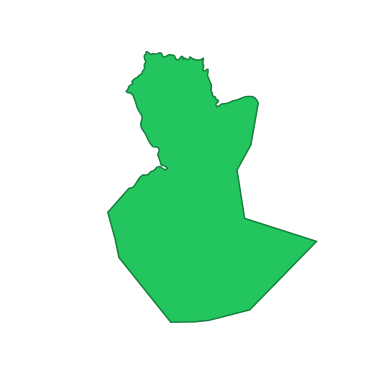 outline of San Rafael, Lempira, Honduras, rotated 41°
{"feature_id": "27666195B54610294304045", "entity_name": "San Rafael", "entity_type": "district", "adm_level": 2, "iso_a3": "HND", "parent_name": "Honduras", "parent_adm1": "Lempira", "projection": "albers", "projection_center": [-88.427, 14.711], "detail": "fine", "context": "isolated", "style": "filled", "palette": "green", "viewbox_px": 384, "rotation_deg": 41, "n_neighbors": 0, "source": "geoboundaries", "source_scale": "gbopen_adm2", "svg_char_len": 5535}
<svg xmlns="http://www.w3.org/2000/svg" viewBox="0 0 384 384"><g transform="rotate(41 192 192)"><path d="M261.4,304.2L279.2,288.2L286.8,280.1L289.0,277.7L312.9,243.0L318.4,147.6L249.0,177.4L211.6,145.9L205.5,117.8L183.6,81.3L181.5,80.5L179.3,79.9L179.0,79.9L178.4,79.8L178.1,79.8L176.6,80.0L175.3,80.2L175.1,80.3L174.7,80.5L174.4,80.7L173.4,81.6L171.9,82.9L170.7,84.1L169.9,85.0L169.2,86.0L168.6,87.0L168.1,87.9L167.4,89.5L167.0,90.4L166.6,91.1L165.6,93.0L164.6,94.4L164.3,94.9L163.8,95.3L163.6,95.6L163.1,96.3L162.8,97.0L162.3,98.3L161.9,99.1L161.3,100.4L160.3,102.0L160.1,102.3L159.7,102.8L158.0,104.6L156.8,106.0L156.7,106.1L156.6,106.4L156.5,107.0L156.4,107.6L156.2,108.6L156.1,109.1L155.7,109.8L155.3,110.5L154.9,111.0L154.6,111.2L154.1,111.2L153.8,111.0L153.5,110.9L153.1,110.7L152.8,110.5L152.6,110.3L152.5,110.1L152.4,109.6L152.3,109.0L152.4,108.5L152.5,107.5L152.6,107.1L152.6,106.7L152.4,106.3L152.3,106.1L152.2,106.0L151.9,105.9L151.6,105.7L151.3,105.7L151.0,105.7L150.6,105.8L150.1,106.0L149.8,106.1L149.3,106.2L148.9,106.2L148.7,106.2L148.5,105.9L148.4,105.6L148.1,105.4L147.9,105.3L147.6,105.2L147.1,105.1L146.9,105.2L146.6,105.2L145.8,105.5L145.4,105.6L144.8,105.7L144.4,105.7L144.1,105.7L143.9,105.6L143.7,105.4L143.0,104.7L142.2,103.9L139.9,103.1L139.6,102.9L139.4,102.8L139.2,102.2L139.0,101.8L138.5,101.1L137.7,100.1L137.3,99.7L136.9,99.2L136.4,98.8L135.9,98.4L135.5,98.1L134.9,97.8L128.8,94.8L128.2,94.5L127.7,94.1L127.1,93.6L126.7,93.1L126.4,92.7L126.0,91.9L125.7,91.4L124.7,90.1L124.5,89.9L124.2,89.6L123.8,89.2L123.5,89.0L123.4,89.0L123.0,89.5L122.8,90.0L122.5,91.1L122.3,91.8L122.1,92.3L121.9,92.6L121.6,92.9L121.3,93.0L121.1,93.0L120.9,93.0L120.7,93.0L120.3,92.8L119.9,92.4L119.5,91.9L119.2,91.3L118.9,90.6L118.7,90.2L118.5,89.8L118.2,89.3L117.8,88.9L117.5,88.6L117.1,88.5L116.7,88.4L116.2,88.2L113.8,85.2L113.6,85.0L113.5,84.5L113.3,84.1L113.2,83.7L112.9,83.6L112.7,83.8L112.5,84.4L112.1,85.4L111.9,86.3L111.8,86.7L111.6,86.9L111.4,87.2L110.7,87.9L109.7,88.7L108.9,89.4L108.4,89.7L108.0,89.9L106.8,90.3L104.9,91.0L104.4,91.1L103.5,91.2L102.9,91.2L102.3,91.4L102.0,91.5L101.9,91.5L101.9,92.1L102.1,92.5L102.4,93.3L102.5,93.9L102.5,94.2L102.4,94.5L102.3,94.8L102.1,95.0L101.7,95.2L101.3,95.3L100.8,95.4L100.2,95.3L99.9,95.3L99.3,95.4L99.0,95.5L98.8,95.6L98.7,95.7L98.6,95.8L98.6,96.4L98.4,96.8L98.0,97.6L97.8,97.6L97.5,97.2L96.9,96.3L96.7,96.1L96.3,96.0L95.9,96.0L95.6,96.1L95.3,96.3L95.2,96.5L95.0,96.9L95.0,97.1L95.0,98.0L95.1,99.8L95.1,100.4L95.0,101.0L94.9,101.4L94.7,101.6L94.4,101.8L94.1,102.0L93.8,102.1L93.4,102.2L93.0,102.2L92.6,102.1L92.3,102.0L91.8,101.8L91.1,101.5L90.7,101.3L90.1,101.1L89.5,100.9L89.1,100.8L88.8,100.9L88.5,100.9L88.1,101.1L87.8,101.3L87.6,101.4L87.2,101.8L87.0,102.0L86.8,102.1L86.0,102.4L85.4,102.7L84.9,103.1L84.6,103.4L84.4,103.8L84.2,104.3L83.5,106.4L83.0,107.7L82.8,108.2L82.6,108.4L82.5,108.5L82.1,108.7L81.8,108.8L81.5,108.8L81.1,108.8L80.7,108.7L80.3,108.5L79.2,107.9L78.5,107.6L78.1,107.5L77.7,107.5L77.4,107.6L77.2,107.6L76.8,107.8L76.5,108.1L76.1,108.5L75.7,109.0L75.5,109.3L75.4,109.6L75.2,110.3L75.1,110.7L74.8,111.1L74.5,111.5L74.1,111.9L73.6,112.3L73.2,112.5L72.6,112.6L72.4,112.7L72.1,112.9L71.8,113.2L71.5,113.6L71.3,113.9L71.3,114.3L71.3,114.7L71.2,114.8L71.0,115.0L70.6,115.1L66.3,115.6L65.9,115.7L65.7,115.9L65.6,116.0L65.7,116.6L65.8,116.9L65.9,117.2L66.4,117.6L66.7,118.0L66.9,118.3L67.0,118.5L66.9,119.0L66.6,119.4L66.5,119.5L66.5,119.9L66.6,120.3L66.9,120.9L67.2,121.2L68.0,121.8L68.7,122.5L69.0,122.8L69.5,123.0L69.9,123.2L70.8,123.5L71.2,123.7L71.5,124.0L71.8,124.4L72.1,125.3L72.2,126.0L72.2,126.7L72.3,126.8L72.3,127.0L74.8,129.6L75.2,130.0L75.3,130.3L75.5,132.8L75.7,134.0L76.0,134.7L76.2,135.1L76.4,135.4L76.5,135.7L76.5,136.0L76.4,136.3L76.3,136.7L75.9,137.7L75.7,138.3L75.6,138.9L75.6,139.8L75.6,140.4L75.5,141.1L75.4,141.6L75.1,142.4L74.7,143.5L74.5,144.3L74.2,145.9L74.1,146.6L74.1,147.4L74.2,147.9L74.3,148.1L74.7,148.2L75.2,148.3L75.5,148.3L75.8,148.4L76.0,148.8L76.0,149.4L76.0,149.8L75.3,152.6L75.2,153.5L75.2,153.8L75.2,154.2L75.3,154.4L75.4,154.6L75.7,155.0L75.8,155.3L76.1,155.9L76.2,156.4L76.2,158.9L76.2,159.0L76.5,159.2L76.9,159.3L77.3,159.2L78.3,159.1L78.8,159.1L79.7,157.9L81.9,157.5L83.1,157.6L84.8,158.0L85.9,158.8L87.9,159.8L89.4,160.5L91.2,161.7L92.6,162.5L95.0,164.1L96.9,164.9L98.9,165.8L100.9,166.3L103.3,167.0L105.1,168.1L106.4,169.7L107.4,172.0L108.4,173.8L109.8,175.4L112.0,176.9L114.4,177.6L118.8,178.7L122.1,180.2L125.1,181.5L128.9,182.8L131.9,183.3L133.3,183.2L133.9,182.7L134.7,182.0L135.6,181.3L136.8,180.7L137.5,180.9L138.2,180.9L138.5,181.0L138.9,181.2L139.3,181.4L139.7,181.8L139.9,182.1L140.2,182.6L140.4,183.0L141.5,185.9L141.7,186.2L141.9,186.4L142.3,186.7L143.7,187.4L145.2,188.2L147.7,189.7L150.2,191.3L150.7,191.6L151.1,191.8L151.3,191.8L152.1,191.4L152.8,190.8L153.3,190.6L154.0,190.4L154.8,190.2L156.0,190.1L156.8,190.2L157.6,190.3L157.8,190.5L157.9,190.8L157.8,191.2L157.4,191.9L157.3,192.1L157.3,192.5L157.2,192.7L157.0,192.9L156.8,193.1L156.4,193.2L156.0,193.3L152.6,193.6L151.9,193.6L151.7,193.6L151.3,193.8L150.8,194.1L150.5,194.4L150.2,194.7L149.9,195.4L149.5,196.2L149.3,196.5L149.2,196.9L149.2,197.4L149.2,198.3L149.3,199.7L149.2,200.1L149.1,200.6L149.0,200.9L148.8,201.4L147.9,203.1L147.7,203.6L147.6,204.0L147.4,207.3L147.2,208.4L146.5,209.1L145.7,209.7L145.0,210.4L144.0,211.0L143.6,212.0L143.3,214.1L143.1,215.8L143.5,218.8L144.0,222.2L144.5,226.5L143.8,228.3L143.0,229.4L142.0,230.5L141.8,262.6L164.5,277.7L179.9,289.4L261.4,304.2Z" fill="#22c55e" stroke="#15803d" stroke-width="1.5"/></g></svg>